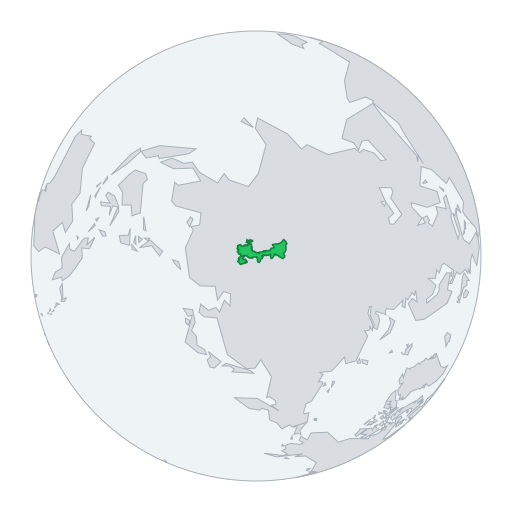 Gansu highlighted on a globe, orthographic projection, rotated 136°
{"feature_id": "CHN-1150", "entity_name": "Gansu", "entity_type": "Province", "adm_level": 1, "iso_a3": "CHN", "parent_name": "China", "parent_adm1": "", "projection": "orthographic", "projection_center": [103.309, 37.691], "detail": "fine", "context": "on_globe", "style": "filled", "palette": "green", "viewbox_px": 512, "rotation_deg": 136, "n_neighbors": 0, "source": "natural_earth", "source_scale": "10m", "svg_char_len": 17114}
<svg xmlns="http://www.w3.org/2000/svg" viewBox="0 0 512 512"><g transform="rotate(136 256 256)"><circle cx="256" cy="256" r="225" fill="#eef3f6" stroke="#a8b0b8"/><path d="M466.3,336.9L466.1,337.2L466.7,335.8L466.3,336.8L466.3,336.9ZM381.7,69.1L367.6,61.7L366.1,60.2L362.6,58.9L364.2,61.0L366.2,62.7L356.2,65.4L359.3,77.8L367.6,84.7L360.0,81.3L380.7,97.2L387.1,108.4L375.3,94.0L370.7,91.4L372.7,97.8L368.4,96.6L366.9,99.2L361.5,97.4L355.1,89.8L351.4,88.7L353.1,93.4L348.8,95.0L346.9,88.1L339.1,90.4L326.9,79.4L326.1,64.8L314.9,59.3L302.2,46.6L298.8,47.2L291.9,43.6L285.5,43.1L284.9,41.4L280.3,42.6L282.0,44.2L280.5,45.4L276.8,45.5L275.5,43.2L277.2,42.8L274.9,42.2L275.8,41.1L273.3,41.7L272.1,39.2L267.9,41.8L262.5,40.0L263.2,38.4L270.1,38.3L289.0,36.4L291.9,35.7L288.9,34.3L268.5,31.4L268.8,31.1L266.3,31.0L283.8,32.4L301.2,35.3L318.2,39.5L334.9,45.0L351.1,51.8L366.8,59.8L381.7,69.1ZM261.2,30.8L260.6,30.8L263.1,31.0L255.7,31.3L259.7,32.2L257.3,32.7L258.6,34.2L250.8,34.3L242.5,33.9L241.0,32.8L237.4,32.8L232.6,34.4L223.9,33.8L207.9,36.2L206.4,36.3L211.9,35.1L228.2,32.4L244.7,31.0L261.2,30.8ZM465.2,173.3L463.6,170.0L463.8,169.7L465.2,173.3ZM463.1,169.6L463.5,170.4L463.2,170.0L463.1,169.6ZM463.2,170.4L463.1,169.8L463.4,170.9L463.2,170.4ZM463.5,172.1L463.3,171.0L463.4,171.3L463.5,172.1ZM463.4,173.5L462.9,172.3L463.4,173.5ZM367.8,63.9L364.7,61.2L364.8,60.0L367.9,62.3L367.8,63.9ZM366.9,67.3L364.2,65.3L368.4,66.1L368.6,67.0L366.9,67.3ZM374.5,90.3L372.9,87.0L376.0,90.7L374.5,90.3ZM367.6,99.9L369.5,101.4L367.9,102.2L367.6,99.9ZM262.8,34.1L260.7,34.1L261.5,33.8L262.8,34.1ZM265.3,34.8L267.7,34.4L269.2,34.8L267.7,35.0L265.3,34.8ZM358.2,100.3L355.1,101.4L357.2,98.9L358.2,100.3ZM261.9,35.3L271.7,35.4L274.3,36.1L270.8,37.6L261.9,35.3ZM352.6,101.2L345.2,104.6L348.7,107.9L334.7,101.0L345.6,100.1L347.6,96.3L349.2,99.7L352.6,101.2ZM284.1,44.8L282.1,43.0L287.1,44.6L284.1,44.8ZM287.7,45.6L305.2,49.6L306.3,52.7L300.2,50.5L304.3,54.9L296.3,54.3L292.2,51.8L293.1,49.8L289.3,51.2L287.7,45.6ZM328.1,96.9L325.4,96.8L327.0,95.5L328.1,96.9ZM280.3,46.1L283.7,46.4L284.9,49.1L278.3,48.8L280.0,48.0L280.3,46.1ZM309.4,56.5L309.1,58.6L302.5,58.6L301.5,59.5L296.2,54.6L309.4,56.5ZM277.9,47.4L274.8,48.7L271.0,47.6L277.0,45.9L277.9,47.4ZM288.1,49.9L288.3,51.2L286.0,50.4L288.1,49.9ZM255.5,45.0L259.6,45.0L260.6,46.3L255.5,45.0ZM274.0,49.2L275.3,49.6L276.2,50.2L273.4,50.9L274.0,49.2ZM291.9,55.1L289.2,54.8L293.7,57.1L288.9,57.5L286.3,54.3L285.4,55.9L283.9,56.0L283.4,53.2L291.9,55.1ZM273.2,53.4L268.1,49.9L260.3,49.4L259.2,48.1L272.0,49.3L273.2,53.4ZM279.2,53.5L275.2,53.1L275.9,51.6L279.0,50.9L279.2,53.5ZM286.7,59.1L294.7,59.3L295.0,60.0L286.7,59.1ZM270.8,53.5L272.0,54.4L270.1,53.7L270.8,53.5ZM281.6,57.6L284.4,57.5L284.7,58.4L281.6,57.6ZM272.2,56.4L270.6,55.2L272.7,54.6L272.2,56.4ZM276.4,57.2L276.1,58.4L274.4,55.1L277.6,57.0L276.4,57.2ZM281.4,58.5L282.5,58.9L280.2,58.4L281.4,58.5ZM265.3,59.6L262.6,55.6L267.2,54.2L269.2,58.2L265.3,59.6ZM77.5,118.6L83.4,115.0L78.5,123.3L77.3,140.6L76.0,144.7L69.0,150.9L62.4,178.1L68.7,175.9L69.8,196.3L75.0,205.6L89.4,192.5L80.9,176.9L86.4,166.4L98.9,172.0L107.4,186.6L109.9,183.0L110.4,167.9L118.4,165.8L111.3,162.3L109.7,167.7L105.2,166.0L106.4,161.0L109.1,160.3L108.3,154.9L95.3,160.5L92.3,166.7L86.3,157.8L80.8,167.4L77.0,167.9L85.0,152.0L88.8,148.5L98.8,128.1L94.2,130.7L84.6,150.5L84.9,146.9L78.7,151.6L83.7,145.2L95.4,123.8L94.0,116.4L81.8,120.1L83.2,115.6L89.1,107.4L104.1,95.5L99.3,107.0L104.5,103.8L114.5,94.2L112.2,98.7L115.6,96.5L114.7,100.9L122.2,101.1L122.6,105.2L134.1,100.1L135.9,101.8L128.6,104.2L123.7,108.4L125.7,119.9L128.6,120.5L135.9,116.5L135.6,120.5L142.4,115.2L147.7,120.3L146.9,109.9L155.4,105.8L163.3,106.4L166.0,103.4L153.2,102.5L148.2,104.0L144.2,108.0L130.5,111.5L128.0,108.8L141.7,98.8L139.6,94.3L151.3,89.3L178.7,93.5L185.8,98.6L179.6,115.9L173.0,116.9L172.0,110.9L165.1,120.4L169.4,117.7L169.1,121.3L177.2,119.0L177.4,121.5L184.8,115.3L185.9,118.2L181.2,122.1L194.1,121.9L198.7,127.4L201.6,126.3L203.3,123.5L208.0,132.8L209.9,131.6L209.1,128.0L212.3,123.4L219.9,119.0L221.1,122.5L218.5,124.5L215.0,134.3L208.0,139.6L209.3,140.7L215.6,136.9L219.9,124.9L224.1,121.4L223.0,127.0L223.7,124.6L226.2,124.0L229.8,126.7L231.4,120.7L256.9,111.2L266.3,116.2L262.5,121.8L281.6,120.7L290.8,127.7L290.0,124.2L298.6,122.1L295.8,119.8L296.1,118.0L317.0,113.0L322.8,115.0L330.9,110.1L330.5,108.4L326.7,106.6L334.7,101.0L348.7,107.9L348.9,111.1L357.6,113.7L356.8,121.1L360.1,128.8L354.2,136.1L357.3,142.1L360.4,142.5L366.9,151.3L369.9,169.0L354.1,152.7L347.0,128.4L348.7,137.8L344.3,135.4L342.5,138.7L344.1,145.7L346.7,146.7L328.8,158.3L324.6,178.0L334.6,176.1L341.1,181.5L345.1,205.1L327.1,238.6L335.5,248.3L336.2,255.0L329.2,259.8L328.0,250.0L320.7,246.9L321.1,240.9L309.4,246.2L309.5,237.9L300.4,246.5L304.1,252.9L314.4,250.9L306.4,262.6L317.1,273.4L318.6,286.9L301.2,310.9L283.3,318.1L282.2,322.2L275.0,317.5L265.5,325.3L279.0,347.8L278.6,354.1L263.2,365.5L262.8,360.9L243.7,348.4L240.2,363.0L254.6,375.9L259.6,389.7L248.5,384.9L243.4,372.6L236.7,367.8L238.5,355.2L232.9,335.1L221.7,337.5L222.6,329.5L213.2,311.3L197.1,313.7L171.4,329.1L167.8,348.2L159.0,354.1L148.5,321.8L149.0,301.4L141.9,300.6L133.7,278.9L110.2,264.9L109.8,258.5L104.8,258.1L99.5,248.0L100.0,237.8L95.5,234.8L94.9,261.7L100.1,265.1L108.5,261.0L107.1,269.3L112.5,280.8L96.0,291.2L66.0,284.6L68.0,269.2L70.8,216.3L73.5,212.9L73.7,212.4L74.1,211.4L69.2,216.2L71.4,206.4L64.5,240.3L61.2,252.5L65.5,285.0L63.8,286.0L66.7,294.1L81.9,301.4L80.9,305.9L70.7,320.6L54.0,330.5L59.1,351.1L62.8,365.1L58.7,363.8L65.6,376.3L65.0,375.5L57.0,361.5L49.9,347.1L44.0,332.1L39.1,316.8L35.3,301.1L32.6,285.3L31.1,269.2L30.7,253.1L31.5,237.1L33.4,221.1L36.5,205.3L40.7,189.7L46.0,174.5L52.3,159.7L59.7,145.4L68.1,131.7L77.5,118.6ZM73.0,124.8L71.0,127.6L73.0,124.8ZM111.4,211.3L119.8,219.6L124.8,205.7L128.4,208.0L128.8,202.7L125.1,204.7L127.3,190.9L134.0,191.3L137.5,186.1L134.8,183.1L122.1,184.7L118.8,204.2L113.2,206.7L111.4,211.3ZM207.6,36.0L206.3,36.3L206.4,36.2L207.6,36.0ZM135.7,81.7L132.5,84.8L128.5,86.0L128.1,82.2L133.8,80.3L135.7,81.7ZM128.8,89.1L142.6,81.1L143.5,83.6L140.7,83.5L139.8,86.0L135.1,86.5L122.4,97.3L118.1,99.2L119.6,90.3L121.5,91.9L124.5,88.5L128.8,89.1ZM176.4,61.0L182.3,58.9L176.4,66.9L171.5,68.0L170.7,63.9L176.1,60.2L176.4,61.0ZM253.8,38.6L256.5,38.2L256.8,38.7L254.8,39.4L253.8,38.6ZM257.3,44.9L242.5,41.1L244.8,40.4L233.3,39.8L235.0,37.7L242.3,38.0L235.0,36.3L242.3,35.8L236.6,35.0L252.9,36.0L259.1,35.9L251.5,36.7L249.9,38.5L251.0,39.3L259.0,41.6L271.7,42.9L272.1,45.4L269.0,46.8L266.0,46.9L266.7,45.1L262.2,46.5L260.9,44.1L257.3,44.9ZM232.4,69.4L234.5,66.1L225.2,70.8L223.9,67.4L222.9,68.2L219.2,66.5L212.9,66.0L213.3,64.3L210.7,64.9L208.1,64.0L204.7,64.3L204.2,61.5L200.0,61.7L202.2,60.3L194.9,61.6L200.1,59.5L197.3,58.5L193.8,61.1L199.8,48.1L198.4,45.1L194.3,44.1L203.8,41.3L213.6,40.9L222.3,42.4L222.3,46.0L226.6,44.4L227.9,45.8L224.0,46.5L230.8,46.3L230.8,47.7L238.5,50.7L248.3,50.1L251.3,51.5L247.5,52.4L253.2,53.1L248.1,55.9L250.2,57.0L247.2,61.1L238.6,62.7L241.6,63.9L239.4,67.4L232.4,69.4ZM264.2,60.7L254.2,62.8L248.6,62.1L256.2,55.3L255.0,53.9L259.6,50.1L267.7,51.3L265.6,52.2L265.5,53.4L263.0,52.5L264.9,54.2L262.1,55.6L262.8,57.4L259.4,57.5L264.2,60.7ZM78.8,144.5L78.6,147.0L79.2,149.9L75.3,153.1L78.8,144.5ZM86.5,129.8L87.0,131.1L81.7,136.6L82.0,134.3L86.5,129.8ZM91.7,127.5L87.4,130.8L89.8,127.7L91.7,127.5ZM129.4,105.3L130.4,106.8L128.8,108.0L126.2,108.6L129.4,105.3ZM204.7,84.5L206.8,82.3L208.2,82.5L215.6,79.4L217.2,81.9L213.3,84.8L204.7,84.5ZM85.5,192.6L81.3,193.0L81.7,190.1L83.0,190.5L85.5,192.6ZM76.1,172.1L76.1,178.8L75.0,173.0L76.1,172.1ZM207.7,86.8L210.5,85.1L209.5,87.5L207.7,86.8ZM218.7,83.7L218.3,86.2L218.2,81.9L218.7,83.7ZM82.8,383.1L86.2,400.6L80.5,395.1L75.1,386.7L70.8,374.2L76.1,376.2L77.5,372.1L82.8,383.1ZM316.0,416.4L322.6,416.3L322.3,417.0L316.0,416.4ZM309.1,414.5L316.7,414.0L307.7,416.3L309.1,414.5ZM319.7,413.7L327.4,411.3L330.8,409.6L330.2,411.2L319.7,413.7ZM303.8,415.0L275.3,416.1L264.0,413.9L266.7,411.2L285.0,411.8L303.8,415.0ZM265.8,411.1L248.5,402.2L224.7,374.7L233.2,376.2L258.1,393.4L256.5,395.9L267.0,402.9L265.8,411.1ZM307.6,394.7L305.9,402.4L290.2,402.7L283.1,401.7L278.2,391.8L280.9,386.6L286.8,386.6L309.4,367.3L317.3,371.1L310.4,379.4L316.9,385.8L307.6,394.7ZM168.7,350.4L173.3,363.1L168.6,363.6L168.7,350.4ZM318.5,353.3L309.4,362.4L317.6,350.5L318.5,353.3ZM323.2,342.1L323.9,346.4L320.1,342.6L323.2,342.1ZM282.1,328.4L275.9,329.5L275.7,326.3L283.5,323.1L282.1,328.4ZM319.6,298.1L319.7,307.8L318.6,311.2L315.7,305.6L319.6,298.1ZM225.2,109.7L213.0,110.8L205.4,114.1L202.7,119.4L201.3,112.7L213.1,107.6L225.2,109.7ZM252.8,110.4L255.1,106.3L257.6,108.1L257.4,109.3L252.8,110.4ZM251.8,107.9L248.1,102.9L251.6,100.6L253.8,105.0L251.8,107.9ZM227.4,93.8L223.7,93.9L224.6,91.9L227.4,93.8ZM366.8,452.1L369.0,450.5L376.4,446.3L372.6,448.7L366.8,452.1ZM346.2,452.8L302.8,467.5L293.8,467.7L297.2,464.8L291.2,456.3L294.3,456.2L293.7,449.3L320.0,439.7L339.1,423.3L352.5,421.3L363.3,408.6L376.7,405.4L371.9,414.7L384.9,415.1L395.9,393.9L401.5,409.1L409.4,410.1L408.8,417.7L386.2,439.4L375.4,446.5L374.3,446.6L369.5,449.6L363.6,452.1L362.4,449.9L357.6,452.7L363.1,448.1L355.8,453.1L353.6,451.6L346.2,452.8ZM440.5,380.5L441.9,379.5L443.2,379.5L441.1,381.6L440.5,380.5ZM463.0,344.7L463.0,344.9L461.8,347.5L463.0,344.7ZM466.1,337.2L464.8,340.6L466.7,335.8L466.1,337.2ZM450.6,363.1L451.1,363.3L450.4,364.4L450.6,363.1ZM450.1,363.4L451.3,360.7L450.8,362.6L450.1,363.4ZM444.4,360.4L445.5,358.6L445.8,359.0L444.4,360.4ZM332.4,414.9L341.8,407.9L346.7,406.5L332.4,414.9ZM443.3,359.4L440.8,361.1L441.2,359.9L443.3,359.4ZM443.7,356.8L443.5,355.5L444.7,357.8L443.7,356.8ZM439.1,357.0L442.0,357.4L438.8,357.6L439.1,357.0ZM437.3,358.7L435.1,359.0L435.3,358.4L437.3,358.7ZM410.5,375.8L419.0,380.4L411.7,383.9L403.8,382.0L396.9,390.0L381.6,394.6L385.3,390.1L383.4,385.6L367.2,388.1L364.0,385.5L369.9,381.6L359.0,381.4L370.9,376.9L375.7,382.9L382.3,375.3L393.6,373.0L404.3,371.3L412.6,372.8L410.5,375.8ZM370.7,392.7L372.7,392.2L370.9,394.7L370.7,392.7ZM430.9,357.9L434.1,359.2L433.6,360.3L432.0,360.8L430.9,357.9ZM414.5,370.7L423.6,360.5L425.6,359.5L419.6,369.1L414.5,370.7ZM421.5,357.7L425.6,356.4L427.6,358.6L426.8,359.9L421.5,357.7ZM346.4,391.7L345.9,393.8L342.7,392.8L346.4,391.7ZM350.5,389.7L359.9,389.9L349.6,391.6L350.5,389.7ZM321.4,387.1L324.2,391.6L333.2,387.3L326.3,392.7L332.3,399.7L330.2,402.9L324.3,395.3L322.0,404.2L318.0,404.5L316.0,397.3L320.0,387.6L324.0,383.2L340.1,379.3L321.4,387.1ZM350.5,383.8L347.9,378.6L349.8,374.4L352.5,376.9L350.5,383.8ZM340.3,365.7L333.4,359.7L327.3,363.2L339.5,351.5L344.2,359.3L340.3,365.7ZM334.3,351.0L328.6,354.2L334.4,347.6L334.3,351.0ZM327.0,352.0L326.2,347.0L330.8,347.1L327.0,352.0ZM337.3,350.8L338.1,342.0L340.5,346.8L337.3,350.8ZM323.9,335.8L334.0,343.0L321.1,341.0L319.9,324.1L325.3,323.1L323.9,335.8ZM349.9,260.3L348.2,255.4L352.9,253.3L352.8,257.3L349.9,260.3ZM366.7,243.4L353.6,251.2L342.9,257.9L346.6,259.7L344.8,268.9L338.8,261.5L345.9,250.5L354.2,247.1L354.7,239.4L360.3,233.1L358.0,224.1L360.2,219.5L364.9,226.8L366.7,243.4ZM356.6,220.4L354.5,204.1L363.8,204.4L366.3,208.1L363.3,215.3L358.7,214.6L356.6,220.4ZM356.7,200.4L352.2,199.7L339.6,177.6L339.2,173.2L353.7,189.4L350.2,189.8L351.6,195.4L356.7,200.4ZM326.6,98.6L325.5,97.0L328.0,98.0L326.6,98.6ZM294.4,116.9L295.2,114.6L298.1,115.7L294.4,116.9ZM299.0,109.2L295.2,109.5L298.7,107.7L299.0,109.2ZM286.7,110.7L293.4,109.0L287.8,112.8L286.7,110.7Z" fill="#d9dde1" stroke="#a8b0b8" stroke-width="1"/><path d="M236.0,235.5L238.4,235.4L240.0,240.1L239.4,240.6L239.4,240.9L240.2,242.1L241.2,243.0L240.9,244.4L241.9,244.4L242.7,243.7L243.7,243.4L244.7,243.4L245.2,243.2L245.5,243.2L246.2,243.2L246.4,243.3L246.7,244.0L246.7,244.3L246.7,244.5L246.1,245.2L245.8,245.9L244.9,246.4L244.6,246.7L244.3,247.2L245.3,247.3L245.8,247.7L246.7,248.0L246.9,248.2L246.9,248.6L247.4,248.8L247.5,249.1L248.4,249.2L248.5,249.4L248.5,250.0L248.6,250.3L249.1,250.8L249.3,250.8L249.4,250.7L249.6,250.7L249.6,251.1L249.7,251.4L250.0,251.5L249.9,251.7L250.2,251.8L250.7,252.0L251.5,252.0L252.1,251.3L251.5,250.6L253.2,249.9L253.4,249.9L253.8,250.1L255.0,250.4L255.5,250.0L256.5,249.4L257.3,249.2L258.2,249.1L258.3,249.2L258.3,249.6L258.8,250.4L258.8,250.7L258.6,251.0L258.3,251.3L258.1,251.8L257.7,252.3L256.4,253.2L256.6,253.5L256.7,254.2L256.2,254.4L256.2,254.8L256.3,255.3L257.1,255.7L258.5,256.9L258.9,257.2L259.4,257.1L259.6,256.9L260.4,257.1L260.4,257.4L260.1,257.6L260.2,257.8L260.4,257.8L260.6,257.7L260.8,257.8L261.0,258.3L261.6,258.6L261.9,258.8L262.3,259.4L262.3,259.5L262.0,259.7L262.0,259.9L262.2,260.4L262.4,260.9L262.7,261.2L262.8,261.6L262.8,262.2L262.4,262.4L262.4,262.9L262.8,263.5L263.2,263.7L263.7,263.7L263.6,263.8L264.1,264.5L264.4,264.4L264.9,264.6L264.3,264.7L264.2,264.8L264.3,264.9L264.6,264.8L265.2,264.8L265.6,265.3L265.8,265.4L266.1,265.1L266.2,264.8L266.2,264.5L266.0,264.4L265.9,264.2L266.2,264.2L266.0,263.6L266.4,263.5L266.8,263.6L267.5,263.3L267.3,262.9L267.5,262.7L267.5,262.1L267.1,261.6L266.9,261.6L266.5,261.4L266.1,261.4L266.1,261.1L266.1,260.7L265.9,260.5L266.0,260.3L266.0,259.7L266.4,259.6L266.5,259.3L266.5,259.2L266.3,258.8L266.4,258.5L266.4,258.3L266.4,257.8L266.5,257.7L266.8,257.7L267.3,258.1L268.0,258.0L268.3,258.1L268.5,258.2L268.5,258.8L269.2,258.9L269.3,259.0L269.8,259.1L270.4,259.3L270.6,259.6L270.9,259.7L270.9,259.9L271.3,260.0L271.5,259.9L271.6,260.0L271.9,260.1L272.2,260.4L272.8,260.5L273.0,260.7L273.0,260.9L272.9,261.2L273.1,261.6L273.0,262.2L272.5,262.7L272.6,263.0L272.6,263.5L272.9,263.9L273.0,264.6L272.7,265.0L271.9,265.1L271.7,265.0L271.0,265.3L270.8,265.2L270.2,265.0L270.0,265.4L270.3,265.9L270.6,266.2L270.6,266.3L270.2,266.4L269.7,266.4L269.5,266.6L268.9,266.5L268.6,266.7L268.0,266.2L267.7,266.1L266.5,266.1L266.2,266.3L266.3,266.7L266.5,267.0L266.4,267.1L266.3,267.5L266.1,267.6L265.7,268.1L265.9,268.3L266.3,268.3L266.6,268.5L266.9,268.8L266.9,269.3L266.5,269.2L266.4,269.3L266.5,269.4L266.7,269.8L266.2,270.6L266.2,270.8L266.4,270.9L266.3,271.1L266.3,271.4L266.6,271.8L266.6,272.0L266.4,272.1L266.2,271.9L265.8,271.9L265.4,272.1L265.2,272.0L265.1,271.9L264.8,271.9L264.7,272.1L264.3,272.3L264.2,272.7L263.9,272.8L264.0,273.2L264.6,273.4L264.5,273.7L264.6,274.2L264.5,274.4L263.8,274.8L263.2,274.6L262.9,274.7L262.8,274.9L263.0,275.3L262.5,275.8L262.2,275.7L262.0,276.0L261.8,275.8L261.3,275.9L261.0,275.8L260.4,275.7L260.1,275.6L259.6,275.1L259.3,275.0L259.2,274.9L259.2,274.7L259.3,274.6L259.6,274.5L259.6,274.3L259.2,273.6L259.2,273.3L259.5,273.1L259.2,273.0L258.8,272.5L258.8,272.1L258.7,271.9L257.5,271.8L257.1,271.6L256.7,271.7L256.8,271.3L256.8,271.2L256.3,271.5L255.7,271.4L255.6,271.2L255.5,270.8L255.5,269.9L255.0,269.7L254.7,269.3L254.2,269.4L254.0,269.7L253.7,269.9L253.8,270.1L253.2,270.2L252.9,270.6L252.6,270.6L252.3,270.7L252.6,271.2L252.5,271.3L252.8,271.5L252.7,271.6L252.8,271.6L252.8,271.8L252.9,272.0L253.3,272.3L253.2,272.4L253.3,272.6L253.2,272.6L253.0,272.8L252.7,272.9L252.5,273.1L252.2,273.2L252.0,273.5L251.7,273.6L251.2,273.9L251.2,273.7L251.1,273.4L251.3,273.1L251.5,272.7L251.3,272.2L251.0,272.0L251.0,272.3L250.8,272.4L250.5,272.4L250.3,271.8L250.1,271.6L249.7,271.9L249.2,271.7L249.0,271.8L249.0,271.3L248.9,271.0L248.5,270.9L248.3,270.7L247.8,269.8L247.8,269.6L247.9,269.3L248.3,268.9L248.7,269.1L249.3,269.2L249.5,269.4L250.3,269.6L250.5,269.7L250.6,269.9L251.0,270.2L251.3,269.9L251.6,269.9L252.0,269.4L252.5,269.1L252.2,268.5L252.0,268.4L251.6,268.3L251.5,267.9L251.2,268.0L251.0,267.7L251.3,267.5L251.5,267.5L251.6,267.0L251.8,266.8L252.1,266.7L252.4,266.4L252.6,266.3L252.8,266.0L253.0,265.9L252.8,265.5L252.6,265.4L252.8,265.2L252.8,264.9L253.2,264.9L253.5,264.5L254.1,264.5L254.1,264.1L254.0,263.6L254.1,263.3L254.3,263.2L254.5,263.2L254.9,263.3L254.9,262.9L255.0,262.7L254.8,262.4L255.1,261.8L254.7,261.4L254.4,261.4L254.3,260.7L254.1,260.2L253.8,260.0L253.8,259.8L254.0,259.7L253.3,258.9L253.4,258.4L253.6,258.2L253.2,257.6L252.6,257.1L252.4,257.1L252.0,256.9L252.0,256.7L251.9,256.3L251.8,255.8L251.7,255.8L251.4,256.3L251.3,256.6L251.2,256.6L251.0,256.3L249.7,255.5L249.0,254.8L247.7,254.3L247.6,254.2L247.5,253.8L247.4,253.6L246.8,253.4L246.3,252.7L246.1,252.7L246.1,253.1L246.3,253.4L246.3,253.8L246.0,253.5L245.8,253.4L245.2,253.1L244.5,252.5L244.3,252.2L243.1,251.0L243.1,250.7L242.8,250.6L242.6,250.4L242.2,250.3L242.1,250.2L241.9,250.5L241.6,250.7L241.1,250.6L241.0,250.4L240.8,250.4L240.6,250.7L240.0,251.2L237.9,249.7L237.2,249.4L236.9,249.5L236.7,249.8L236.7,250.2L236.6,250.7L236.6,251.2L236.6,251.4L236.5,251.6L236.6,251.9L236.5,252.6L236.4,252.7L235.8,252.6L235.2,252.2L235.1,251.9L234.5,251.5L234.2,251.5L233.8,251.3L233.7,251.0L233.3,250.8L233.0,250.5L232.8,250.4L232.5,249.8L232.1,249.7L231.7,249.1L230.8,249.1L230.5,248.9L230.0,248.7L229.7,248.5L228.3,248.2L227.5,248.3L227.0,248.2L226.7,248.2L226.4,248.2L226.0,248.4L225.6,248.5L225.1,248.4L224.8,248.6L224.5,248.5L224.7,247.4L224.4,245.9L224.4,245.7L224.9,244.8L225.2,243.4L225.4,243.3L226.2,243.5L227.1,243.1L228.6,241.2L230.4,239.5L231.9,238.8L233.2,238.7L234.0,238.9L234.3,238.8L234.8,238.2L234.8,237.7L235.1,236.1L236.0,235.5Z" fill="#22c55e" stroke="#15803d" stroke-width="1.5"/></g></svg>